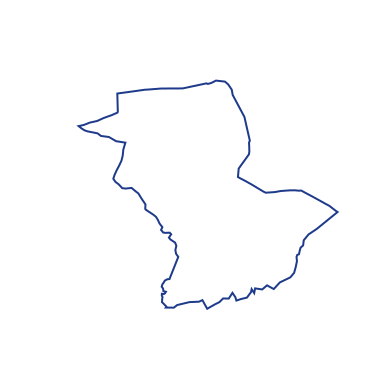 outline of Delikipos, Larnaca, Cyprus, rotated 37°
{"feature_id": "46923920B27149964753728", "entity_name": "Delikipos", "entity_type": "district", "adm_level": 2, "iso_a3": "CYP", "parent_name": "Cyprus", "parent_adm1": "Larnaca", "projection": "robinson", "projection_center": [33.34, 34.921], "detail": "fine", "context": "isolated", "style": "outline", "palette": "blue", "viewbox_px": 384, "rotation_deg": 37, "n_neighbors": 0, "source": "geoboundaries", "source_scale": "gbopen_adm2", "svg_char_len": 2043}
<svg xmlns="http://www.w3.org/2000/svg" viewBox="0 0 384 384"><g transform="rotate(37 192 192)"><path d="M162.1,86.3L161.4,86.1L156.2,84.3L151.9,84.0L144.1,88.6L141.8,93.3L139.6,96.2L138.2,96.5L122.2,114.9L105.0,128.0L94.6,137.2L93.0,138.5L84.7,146.8L73.1,158.3L84.4,172.5L84.7,173.5L81.4,179.3L79.4,182.3L76.8,186.3L73.5,192.4L68.6,198.1L65.3,203.5L61.8,207.6L65.6,207.7L69.1,207.4L72.2,206.4L77.7,203.7L81.3,202.0L85.6,202.0L92.5,198.1L100.8,197.1L109.1,192.7L111.6,199.4L114.8,204.7L116.8,209.4L118.0,215.1L118.7,219.6L119.9,225.1L121.2,228.8L124.9,230.0L128.8,230.0L134.0,230.9L136.9,229.2L141.3,225.1L147.0,225.4L150.0,225.4L155.6,227.6L160.2,229.2L162.3,229.9L164.8,233.6L165.6,233.9L168.5,233.8L174.4,233.4L178.2,233.5L181.7,234.9L185.0,236.7L189.5,237.9L190.1,240.9L193.4,241.7L195.4,240.6L198.7,237.9L200.8,238.3L201.0,242.3L203.2,242.9L209.0,242.6L211.9,244.4L213.6,248.3L216.4,250.9L220.1,252.1L226.4,275.1L224.8,276.5L223.6,279.2L223.9,281.0L223.9,283.4L224.8,285.9L227.0,286.5L228.8,288.4L231.2,287.4L231.4,289.3L230.8,290.6L229.2,291.4L230.2,292.9L231.8,293.7L232.4,295.1L234.3,298.0L236.6,298.3L240.7,299.0L240.7,300.0L247.1,295.3L248.2,291.2L256.3,281.4L263.5,275.5L265.4,272.1L274.4,276.1L278.0,267.8L280.2,263.4L280.9,258.3L285.5,255.0L285.0,248.2L289.9,249.9L292.8,252.0L295.4,248.2L299.4,243.3L299.4,236.5L298.1,233.7L302.5,235.3L300.4,231.0L306.7,227.6L308.1,221.4L315.7,220.3L316.6,211.3L321.9,201.0L322.2,195.1L320.0,189.5L317.4,184.0L314.6,181.0L313.9,178.8L314.9,177.4L313.4,174.1L312.2,171.1L312.9,167.8L310.3,163.3L310.6,155.8L313.8,146.6L320.3,120.4L318.1,120.5L316.5,120.5L309.9,120.4L306.2,121.0L305.1,121.2L304.7,121.2L290.7,123.2L282.6,124.5L278.4,125.1L276.6,126.6L272.9,128.9L269.3,131.7L266.5,134.1L262.3,137.8L258.1,142.3L251.3,148.2L248.7,148.7L244.8,149.1L235.2,150.1L227.9,151.1L221.9,152.1L219.7,152.4L215.2,145.2L215.1,141.7L215.0,136.7L214.8,127.6L213.4,125.1L210.2,121.1L207.8,118.2L207.3,116.2L196.6,107.2L188.7,100.5L166.1,90.0L162.1,86.3Z" fill="none" stroke="#1e3a8a" stroke-width="2"/></g></svg>